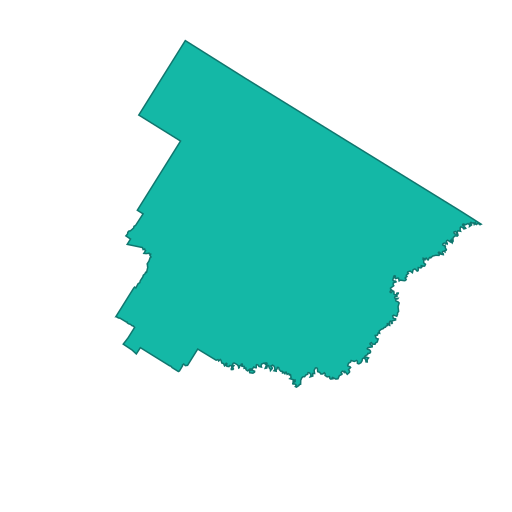 Mildura, Victoria, Australia, rotated 122°
{"feature_id": "25037944B71441363107667", "entity_name": "Mildura", "entity_type": "district", "adm_level": 2, "iso_a3": "AUS", "parent_name": "Australia", "parent_adm1": "Victoria", "projection": "robinson", "projection_center": [141.957, -34.865], "detail": "fine", "context": "isolated", "style": "filled", "palette": "teal", "viewbox_px": 512, "rotation_deg": 122, "n_neighbors": 0, "source": "geoboundaries", "source_scale": "gbopen_adm2", "svg_char_len": 6110}
<svg xmlns="http://www.w3.org/2000/svg" viewBox="0 0 512 512"><g transform="rotate(122 256 256)"><path d="M357.9,202.3L356.0,201.6L358.3,199.5L357.0,196.5L355.3,195.7L354.4,196.1L354.8,198.7L356.0,200.4L354.8,200.9L353.7,199.2L351.3,199.1L351.2,197.5L350.6,196.6L348.3,198.0L347.6,197.7L347.4,196.5L348.1,194.9L347.3,192.5L346.3,193.6L344.7,194.0L342.5,192.4L342.8,190.7L341.7,191.2L341.0,190.3L341.5,189.5L346.4,188.7L345.3,187.5L343.2,188.2L342.2,187.3L343.9,185.4L344.2,184.1L345.5,183.0L342.7,182.6L341.8,183.5L341.4,185.1L339.7,184.1L339.8,182.6L340.5,181.3L342.2,179.8L343.8,180.0L343.0,177.8L341.8,178.7L340.5,178.3L339.2,178.9L338.7,178.3L338.8,177.3L339.9,176.3L340.6,174.0L339.9,172.6L341.1,171.6L339.8,170.9L340.4,170.1L340.6,169.1L338.9,169.3L338.5,169.0L339.9,166.9L338.6,166.2L338.6,165.5L339.2,164.7L338.5,164.4L338.3,163.9L340.5,161.8L342.1,162.3L341.1,158.8L342.7,158.1L342.8,157.7L342.3,157.2L340.8,157.7L340.4,157.1L341.7,156.3L344.0,157.5L344.8,157.2L345.0,156.7L344.2,155.8L343.9,154.1L344.5,153.4L345.9,153.5L345.8,152.2L343.1,151.0L342.0,151.1L341.1,150.2L337.7,152.2L335.0,152.6L333.5,152.2L332.6,150.8L330.2,150.6L329.0,149.5L327.3,150.1L326.7,148.8L327.3,147.0L328.0,146.2L329.8,146.0L327.7,144.2L325.6,145.7L324.6,144.0L322.2,146.1L319.4,146.3L318.8,145.5L318.8,144.4L321.4,142.4L320.9,140.3L321.7,138.4L320.6,136.8L318.8,136.2L319.2,134.9L320.7,134.2L320.8,131.6L319.3,129.8L320.7,128.4L320.8,127.4L319.5,125.9L319.1,126.8L318.4,126.7L318.1,123.1L316.7,121.4L313.3,121.9L310.9,120.4L310.4,120.5L309.9,122.0L307.9,121.8L307.5,120.5L308.0,119.5L306.8,119.5L308.0,115.9L305.1,115.1L304.2,115.5L303.3,117.3L300.4,116.7L300.1,117.6L300.6,119.7L300.3,120.2L297.9,120.7L295.9,119.6L294.2,119.9L293.3,116.7L291.3,115.4L291.5,114.3L293.3,113.1L293.0,111.6L290.9,110.5L288.7,110.5L286.7,111.3L285.4,110.6L285.3,109.2L286.2,107.7L287.5,106.6L286.9,105.5L285.0,106.8L282.8,106.5L283.2,108.7L284.7,109.8L284.2,110.4L282.7,110.4L280.3,109.1L279.4,109.6L278.1,108.0L276.9,107.9L276.1,108.4L275.6,109.4L275.5,110.5L276.0,112.0L275.7,112.6L274.4,112.5L271.5,109.3L270.6,109.8L270.5,112.3L269.7,113.0L268.3,112.3L269.0,110.5L267.8,108.3L266.3,108.5L264.7,107.6L261.6,108.4L262.2,110.3L260.2,112.8L258.8,111.1L256.4,111.6L256.0,110.2L254.4,111.8L251.8,110.9L250.1,109.6L248.7,109.4L247.8,108.5L246.1,108.4L245.4,107.7L243.8,108.8L243.4,108.2L244.2,106.3L244.0,105.8L241.5,107.7L240.5,107.8L239.9,107.4L239.8,106.7L241.3,105.5L241.3,105.0L240.7,104.8L239.8,105.9L238.8,106.1L236.3,103.7L235.3,104.3L236.1,106.5L234.3,108.4L233.2,107.9L232.5,104.7L230.3,105.1L229.3,105.9L227.4,105.7L223.7,108.7L220.0,109.7L219.6,111.3L220.0,113.4L219.3,114.4L218.2,114.3L217.2,113.1L216.6,113.1L218.1,115.2L218.1,116.1L217.7,116.5L216.7,116.6L215.4,115.1L213.9,116.2L212.6,115.4L212.0,115.7L212.7,116.8L214.6,116.5L215.2,117.7L215.1,119.0L213.5,119.8L212.9,120.7L213.5,121.6L215.5,122.0L215.7,122.8L215.2,123.4L214.0,123.5L213.0,122.6L212.7,124.4L212.0,124.9L208.2,123.4L207.5,124.6L206.1,125.3L203.7,123.5L203.3,124.3L204.2,126.1L203.8,127.3L199.9,128.4L199.2,127.9L199.2,127.2L201.0,126.5L201.3,125.8L199.5,124.0L199.3,123.3L201.3,121.4L200.0,120.8L198.3,117.0L197.4,116.2L196.1,116.3L195.9,117.5L195.4,117.9L193.4,117.1L193.1,118.1L192.3,118.4L190.1,117.5L189.8,118.7L189.1,118.9L187.1,117.3L187.3,114.5L184.5,115.5L182.9,114.6L182.7,113.7L183.4,111.8L183.1,110.9L182.3,110.8L179.8,112.3L178.7,109.8L176.7,109.4L177.1,110.6L176.6,110.8L175.6,108.0L174.9,107.6L173.2,107.9L172.9,110.2L170.7,111.5L170.4,112.5L169.3,113.1L169.0,112.0L169.5,110.7L168.0,110.8L167.5,110.3L168.3,108.7L168.1,107.9L165.4,108.1L164.9,107.7L165.0,106.8L162.5,106.2L160.1,103.9L158.5,101.1L157.3,101.3L156.6,103.1L155.7,102.9L155.6,101.9L156.5,100.2L155.6,97.8L154.9,98.3L154.7,99.7L153.4,100.2L152.4,99.3L152.4,97.9L151.3,98.6L150.5,97.8L149.7,97.9L148.7,99.9L147.6,100.4L147.5,101.2L146.7,101.4L147.6,102.1L147.8,103.0L147.4,103.7L146.5,103.9L145.2,103.2L144.6,101.7L144.6,100.2L144.0,100.4L143.1,102.1L142.0,102.4L141.1,101.9L141.0,99.3L139.5,99.1L141.1,98.4L140.7,97.5L141.0,96.5L139.7,96.8L139.3,98.2L138.4,97.9L138.4,97.1L136.9,98.2L135.6,98.5L133.4,97.8L132.4,95.8L131.3,95.7L130.1,97.0L131.5,97.7L131.9,99.5L131.4,100.5L130.5,100.8L129.4,99.7L129.9,98.5L129.8,98.0L127.6,98.1L126.6,95.6L125.9,96.6L123.8,97.8L122.8,97.8L122.3,95.9L122.9,94.1L121.4,92.8L120.9,93.9L121.1,95.0L119.7,95.8L120.3,97.1L119.6,97.5L118.8,96.8L118.6,95.0L116.1,93.4L116.4,91.2L117.8,90.6L115.4,89.6L114.9,90.2L114.7,91.8L113.8,91.8L113.3,91.0L113.3,89.8L112.5,88.9L113.6,87.7L111.7,87.6L112.6,86.6L112.5,85.7L110.6,85.1L110.8,82.6L109.7,81.9L109.5,104.6L111.0,359.4L110.8,430.1L198.6,430.1L198.5,380.9L280.1,380.9L280.1,374.1L293.9,374.3L295.5,375.2L297.0,374.6L299.5,375.3L301.3,375.9L302.1,377.0L303.8,377.3L305.4,376.6L307.9,377.0L308.1,371.4L314.4,371.4L309.0,356.8L310.4,355.1L309.1,354.2L309.7,353.7L309.9,352.5L313.2,352.5L312.1,350.3L310.3,348.2L310.7,347.7L310.3,346.3L311.5,346.4L312.5,344.5L313.5,344.9L317.0,344.1L320.5,344.1L320.7,343.4L322.0,342.8L322.7,341.9L328.0,340.1L328.3,341.0L329.9,340.7L332.1,341.4L333.5,340.9L338.3,341.0L340.2,340.4L341.9,341.3L346.7,341.0L346.7,342.5L348.1,342.7L381.6,342.7L381.1,342.1L381.6,341.4L381.3,339.3L380.8,338.6L380.7,331.0L380.3,330.4L380.9,329.8L381.0,328.2L380.5,326.3L380.8,323.9L380.3,323.2L380.9,321.1L393.3,321.1L401.1,321.9L401.4,311.3L402.5,305.6L395.0,305.5L394.9,271.0L394.5,270.0L395.1,268.0L395.1,260.6L394.1,260.0L387.9,260.1L387.5,260.6L385.9,260.1L386.4,257.8L385.0,256.1L365.8,256.1L365.5,234.6L364.0,233.4L364.8,232.0L362.7,231.5L363.0,230.4L364.9,228.3L364.4,226.5L365.9,224.4L364.8,223.9L363.5,224.6L362.7,224.4L362.7,223.6L364.4,223.1L365.0,222.2L364.1,220.3L362.8,220.3L362.3,219.1L362.4,218.3L363.4,217.4L365.0,217.2L365.4,216.7L364.5,215.4L363.7,215.3L362.7,216.8L360.6,216.6L360.7,217.2L362.1,217.3L361.6,218.3L359.3,218.6L358.3,217.9L358.1,214.2L358.8,212.5L360.1,211.3L359.5,211.0L358.0,212.0L357.1,210.8L355.6,211.2L354.9,210.6L355.2,210.0L356.9,209.3L355.9,207.5L357.6,206.6L356.4,205.3L357.7,204.3L357.9,202.3Z" fill="#14b8a6" stroke="#0f766e" stroke-width="1.5"/></g></svg>